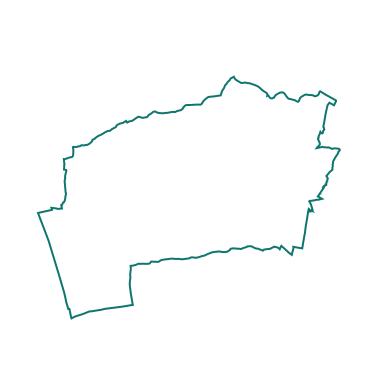 outline of Cernatesti, Buzau, Romania, rotated 82°
{"feature_id": "2599482B98470436425498", "entity_name": "Cernatesti", "entity_type": "district", "adm_level": 2, "iso_a3": "ROU", "parent_name": "Romania", "parent_adm1": "Buzau", "projection": "equal_earth", "projection_center": [26.764, 45.296], "detail": "fine", "context": "isolated", "style": "outline", "palette": "teal", "viewbox_px": 384, "rotation_deg": 82, "n_neighbors": 0, "source": "geoboundaries", "source_scale": "gbopen_adm2", "svg_char_len": 5928}
<svg xmlns="http://www.w3.org/2000/svg" viewBox="0 0 384 384"><g transform="rotate(82 192 192)"><path d="M300.4,328.9L299.5,326.5L298.9,324.5L297.8,317.6L296.0,310.2L296.2,307.3L296.1,305.9L296.0,299.3L296.1,298.9L295.9,297.8L295.6,294.2L295.8,279.5L295.8,275.2L295.6,269.5L295.6,266.3L291.6,266.5L283.7,266.7L275.9,266.6L274.1,266.4L272.8,266.2L269.6,265.3L267.3,264.8L265.8,264.8L263.0,264.2L259.8,263.3L256.6,263.1L256.7,260.7L256.4,258.1L256.0,256.5L255.6,255.3L256.2,250.9L256.2,250.4L256.8,247.4L257.0,244.6L256.9,244.2L256.8,243.9L256.5,243.4L255.4,242.4L255.2,242.0L256.4,235.9L256.4,235.5L256.4,234.6L255.3,232.4L255.1,231.7L255.0,228.2L255.1,224.9L255.1,221.5L256.1,217.1L256.3,214.6L256.8,213.2L257.3,210.7L257.3,205.0L257.4,204.6L257.4,204.2L256.8,202.8L256.7,202.1L256.7,201.2L256.8,200.6L257.6,197.6L257.7,196.7L257.6,196.3L257.6,194.9L256.9,191.3L256.6,187.9L255.5,185.0L255.4,183.8L254.9,182.1L254.5,179.8L254.5,177.4L254.6,176.1L254.5,174.1L254.9,173.0L255.0,172.1L255.7,170.3L256.0,168.4L256.1,165.8L256.0,165.4L254.8,162.9L254.1,161.9L253.8,161.8L253.6,161.6L253.5,159.0L254.3,155.5L254.7,154.3L254.6,153.7L255.3,151.4L254.7,149.5L254.4,147.5L254.0,145.5L253.9,145.2L253.6,144.8L253.6,143.8L253.9,141.3L254.4,140.1L255.7,138.4L256.5,137.2L257.0,136.0L257.4,134.3L258.9,131.9L259.2,131.0L259.8,130.4L259.9,130.1L259.8,129.7L259.1,128.9L259.0,127.2L259.1,123.1L259.1,122.2L258.8,121.5L258.5,121.0L258.2,119.8L257.7,118.7L257.6,118.2L257.7,117.8L258.0,117.3L258.3,116.3L259.3,114.4L259.8,113.8L260.9,113.1L259.1,112.0L257.8,111.0L264.0,105.8L265.0,105.1L268.1,101.9L265.3,100.9L263.5,100.0L261.8,99.4L260.4,99.3L263.2,90.7L252.7,87.4L248.4,85.9L241.3,84.0L234.6,81.8L227.5,79.7L225.0,78.7L225.4,78.3L226.1,78.2L226.8,78.3L226.8,78.6L227.0,78.6L227.5,78.0L228.6,77.5L227.3,77.4L226.6,76.8L226.6,76.6L226.8,76.4L227.5,75.8L227.7,75.4L227.3,75.6L227.2,75.2L227.5,75.0L224.3,75.4L220.6,76.0L217.5,77.2L217.4,77.1L217.2,76.5L217.4,74.2L217.2,73.4L217.3,71.7L217.0,70.6L217.2,67.6L217.1,66.4L216.9,65.7L217.0,64.8L216.9,64.1L213.9,68.0L212.0,66.2L211.1,65.4L211.2,65.1L210.8,65.0L210.7,65.1L206.3,61.1L205.9,61.7L204.6,60.8L204.8,60.5L204.6,59.8L203.2,58.8L203.6,58.1L203.3,58.0L202.6,57.9L202.2,57.7L201.7,57.7L200.6,57.3L200.5,56.9L200.1,56.5L198.9,56.4L197.5,55.6L194.9,56.7L191.4,52.9L189.4,49.8L187.2,49.5L186.4,49.1L185.8,48.9L184.4,49.0L183.5,48.4L181.8,48.1L180.9,47.7L179.4,46.5L178.1,45.6L174.6,42.5L174.0,42.0L172.9,41.6L172.5,41.3L171.5,40.1L170.9,39.8L170.4,39.8L170.1,40.1L169.6,40.9L169.2,42.1L168.6,44.6L168.6,45.7L168.8,47.3L167.2,49.8L166.8,50.7L166.8,51.6L166.1,54.9L165.7,56.2L165.3,56.9L165.6,57.8L165.9,62.4L165.0,61.6L164.6,60.8L163.7,59.9L163.4,59.4L162.7,58.8L162.1,58.7L160.6,58.7L159.9,59.2L158.5,59.5L157.2,59.7L157.0,59.9L156.6,59.8L156.0,59.2L155.4,58.9L154.5,59.0L153.4,58.1L152.4,57.5L150.3,56.5L151.6,55.8L152.0,55.3L152.0,54.5L151.8,54.3L149.8,53.7L149.0,52.7L148.4,52.3L147.9,52.4L146.9,52.4L146.5,52.7L145.5,52.9L144.2,52.3L133.2,48.8L125.4,45.9L124.4,45.2L122.7,43.5L125.9,39.3L122.2,36.8L121.4,36.6L114.0,46.4L110.1,51.1L110.7,51.9L112.3,52.6L113.5,53.6L113.7,54.0L113.9,54.5L114.3,56.3L114.3,56.8L114.1,57.5L113.1,58.6L112.6,60.4L112.3,62.3L111.6,64.7L111.4,65.4L111.4,66.4L111.5,66.8L112.8,70.1L113.7,71.6L114.5,72.2L116.7,73.4L117.2,74.0L117.4,74.5L117.3,74.9L115.9,76.8L115.3,77.6L114.3,80.2L113.8,81.2L113.0,83.5L112.0,84.2L110.3,85.2L107.4,86.7L106.7,87.2L105.8,88.9L105.8,89.5L105.9,91.2L106.9,94.0L107.6,95.4L108.6,96.7L109.9,97.5L110.0,98.4L110.5,99.5L110.1,101.1L109.4,101.8L106.6,103.3L107.1,103.8L107.2,104.1L106.3,103.8L106.0,103.7L105.7,103.8L104.3,104.4L102.0,107.1L100.8,108.3L97.4,111.1L96.6,112.1L94.9,114.7L93.7,117.2L92.7,119.0L92.1,120.6L92.0,121.7L91.4,122.9L91.1,124.0L91.0,125.1L91.0,127.1L90.9,128.1L88.2,131.5L87.1,132.8L86.3,133.5L85.2,134.0L83.7,134.5L85.0,138.0L86.6,139.2L87.0,139.7L88.0,141.3L88.8,141.9L89.6,142.7L91.0,144.4L93.0,145.5L94.1,146.3L95.0,147.2L96.3,148.2L100.3,150.2L100.4,157.7L100.2,159.8L100.2,162.6L101.6,165.3L102.7,167.0L103.9,168.3L104.7,169.1L105.2,169.3L106.2,170.3L106.6,171.3L106.7,171.8L106.3,173.5L106.1,175.1L105.6,181.7L105.2,184.5L105.2,186.1L105.2,186.3L106.3,187.9L107.1,188.7L107.1,188.9L108.2,189.6L108.6,190.1L109.4,191.7L109.7,194.8L109.9,196.1L110.5,197.4L110.0,199.6L110.0,201.6L110.2,205.5L110.0,207.0L110.0,209.9L109.2,213.8L108.7,214.9L107.7,216.6L107.5,216.8L107.1,217.3L107.0,218.1L107.2,219.0L107.5,219.8L108.2,220.7L108.9,222.2L109.7,224.1L110.5,225.0L111.4,225.8L111.6,226.5L111.7,230.2L111.5,231.2L110.0,234.4L110.2,235.1L110.9,236.7L113.2,241.4L113.4,244.5L114.2,246.5L112.4,247.4L113.0,248.5L113.3,249.4L113.8,250.3L113.9,251.0L114.2,253.6L114.9,256.0L115.2,256.7L115.5,257.2L115.8,257.5L116.8,258.1L117.1,258.6L117.4,259.1L118.1,261.2L118.3,261.5L118.4,262.1L118.9,263.1L119.9,264.5L120.0,265.2L119.8,266.2L119.8,266.7L120.6,269.3L121.7,271.8L122.1,272.6L122.5,273.9L123.0,274.9L123.2,276.3L123.6,277.4L124.9,279.9L126.0,281.4L126.2,282.7L126.5,283.2L126.7,283.5L127.6,283.7L128.2,284.2L130.0,287.0L130.5,288.4L130.8,289.7L130.7,290.9L130.8,292.6L130.3,294.8L131.1,296.8L131.0,298.9L131.4,299.8L131.4,300.5L130.8,302.7L131.0,303.7L132.2,303.6L134.4,303.7L138.7,304.5L139.5,304.8L140.4,305.5L140.5,305.8L140.7,306.3L140.7,307.9L141.0,309.8L141.4,311.2L141.7,313.5L141.7,314.0L141.6,314.3L145.5,314.5L146.9,314.4L147.8,314.9L148.3,315.0L149.4,315.0L150.7,315.4L152.0,315.6L152.1,315.2L152.2,314.8L152.7,313.5L153.1,313.4L154.4,313.8L157.5,315.1L159.4,315.6L161.0,315.7L163.2,316.6L175.0,317.2L175.4,317.0L176.3,317.0L179.3,318.2L180.2,318.2L183.3,319.4L183.8,320.0L184.4,320.4L184.5,320.9L184.7,321.4L186.5,322.3L186.8,322.9L186.8,323.3L190.3,323.1L190.1,327.0L189.9,327.6L189.3,329.0L188.1,333.4L190.2,333.1L191.3,347.4L220.3,340.8L255.4,335.3L273.7,332.6L281.9,331.9L282.4,332.0L290.6,330.8L290.6,329.8L290.7,329.7L299.7,329.1L300.4,328.9Z" fill="none" stroke="#0f766e" stroke-width="2"/></g></svg>